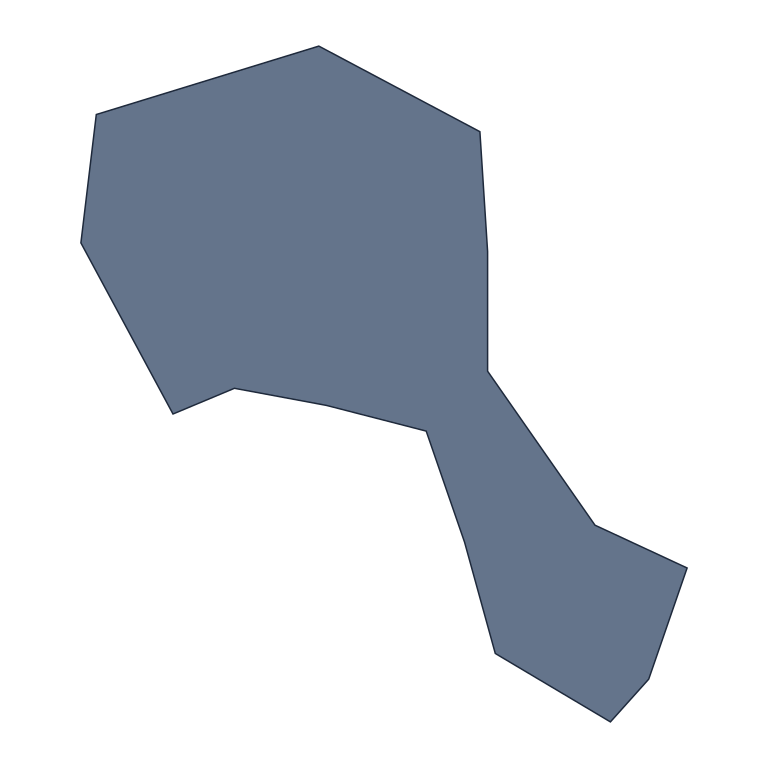 Al Muḩarraq, Mercator projection
{"feature_id": "BHR-4930", "entity_name": "Al Muḩarraq", "entity_type": "Governorate", "adm_level": 1, "iso_a3": "BHR", "parent_name": "Bahrain", "parent_adm1": "", "projection": "mercator", "projection_center": [50.643, 26.245], "detail": "fine", "context": "isolated", "style": "filled", "palette": "slate", "viewbox_px": 768, "rotation_deg": 0, "n_neighbors": 0, "source": "natural_earth", "source_scale": "10m", "svg_char_len": 332}
<svg xmlns="http://www.w3.org/2000/svg" viewBox="0 0 768 768"><path d="M96.3,114.5L318.8,46.1L479.9,131.7L487.6,251.5L487.6,371.2L595.0,525.2L687.1,568.0L648.7,679.2L610.4,721.9L495.3,653.5L464.6,542.3L426.2,431.1L326.4,405.4L234.4,388.3L173.0,414.0L80.9,242.9L96.3,114.5Z" fill="#64748b" stroke="#1e293b" stroke-width="1.5"/></svg>